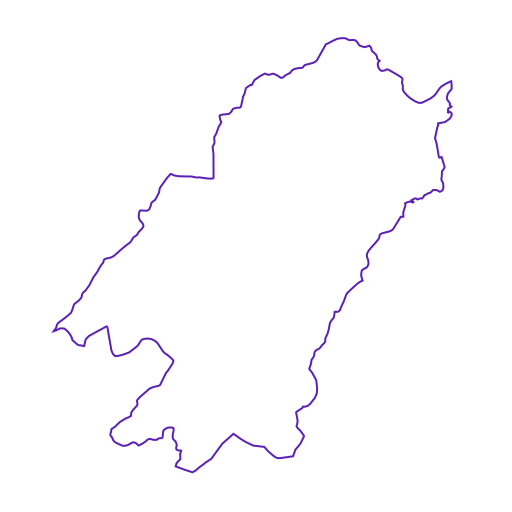 outline of Cam Thuy, Thanh Hóa, Vietnam, rotated 266°
{"feature_id": "81297802B68109668722051", "entity_name": "Cam Thuy", "entity_type": "district", "adm_level": 2, "iso_a3": "VNM", "parent_name": "Vietnam", "parent_adm1": "Thanh Hóa", "projection": "mercator", "projection_center": [105.467, 20.205], "detail": "fine", "context": "isolated", "style": "outline", "palette": "violet", "viewbox_px": 512, "rotation_deg": 266, "n_neighbors": 0, "source": "geoboundaries", "source_scale": "gbopen_adm2", "svg_char_len": 6011}
<svg xmlns="http://www.w3.org/2000/svg" viewBox="0 0 512 512"><g transform="rotate(266 256 256)"><path d="M53.6,279.0L60.1,281.8L63.5,285.2L66.3,287.6L72.8,291.3L73.7,291.1L78.5,288.1L82.0,285.1L82.8,284.7L83.5,284.6L86.7,285.7L88.9,286.0L97.2,285.1L97.9,285.8L101.1,291.5L102.5,292.4L102.2,293.4L102.7,296.6L103.7,298.4L104.7,299.7L110.1,304.6L113.8,306.7L115.8,307.3L119.5,307.7L126.8,307.5L128.1,307.3L135.2,304.1L139.7,301.2L144.8,303.4L148.3,304.1L149.0,304.5L151.1,306.3L152.0,306.8L155.8,307.7L156.7,308.2L157.9,309.6L159.0,312.2L159.7,313.1L160.6,314.1L162.6,315.7L163.7,317.3L165.5,319.0L168.9,319.4L173.9,322.1L178.1,323.6L182.7,324.7L184.7,325.5L186.0,326.4L189.0,329.2L191.2,329.9L194.9,330.6L194.6,333.5L195.1,334.8L196.2,336.0L200.6,338.1L204.8,340.5L210.9,343.2L212.4,344.2L215.2,347.4L221.3,355.1L223.2,358.3L224.0,360.6L227.5,359.8L229.3,359.6L231.2,359.8L233.6,360.4L234.5,360.8L235.8,363.1L236.7,365.3L237.2,366.0L239.1,367.2L240.7,367.7L244.1,367.6L247.3,366.6L248.7,366.6L250.5,366.9L253.3,368.6L255.9,371.0L260.7,376.0L264.0,379.1L265.5,380.1L268.3,380.9L268.9,381.3L269.8,383.0L271.3,391.2L272.1,393.2L273.3,394.7L285.0,403.1L284.9,405.7L289.5,406.0L295.5,408.4L296.8,408.6L298.2,408.4L299.3,411.5L299.6,413.5L298.4,416.3L298.6,416.8L299.0,416.8L300.3,415.1L300.8,414.9L302.2,418.1L302.3,419.5L301.1,421.1L302.0,423.6L301.8,425.8L303.4,427.2L305.0,428.3L305.5,430.2L306.6,432.2L306.9,434.1L307.6,435.2L309.4,437.1L309.5,438.2L309.1,440.6L308.5,442.1L307.2,443.9L307.8,445.5L308.5,446.5L309.4,447.1L310.6,447.5L312.3,447.8L315.9,447.7L318.6,446.3L320.7,446.4L322.0,446.8L327.6,447.5L329.3,449.1L331.6,450.4L341.7,448.1L341.9,447.8L341.3,446.6L341.3,446.1L341.6,445.6L342.3,445.3L355.4,444.0L361.2,442.8L372.1,446.0L373.6,446.9L375.6,446.8L376.4,453.6L376.7,454.3L379.5,458.9L382.7,461.0L384.6,461.1L385.1,460.9L385.9,460.0L386.4,459.1L385.6,457.8L385.9,457.5L389.2,457.9L389.8,458.2L390.3,459.1L391.0,461.0L391.3,461.4L392.7,459.9L394.7,460.1L395.9,459.5L397.7,458.2L399.5,457.4L401.6,457.6L404.6,458.8L407.0,460.8L408.1,462.1L409.3,462.9L413.0,463.1L416.8,462.9L414.6,457.4L412.2,452.8L410.6,451.0L405.1,446.6L403.5,444.9L401.2,441.5L398.5,435.2L397.2,431.6L397.5,429.1L398.1,427.5L399.6,424.9L402.6,420.9L405.6,417.9L409.1,415.2L411.7,414.1L416.0,414.3L419.0,413.7L421.5,414.4L422.5,414.5L423.4,414.1L425.7,411.4L432.9,400.7L433.0,399.3L432.3,397.9L432.0,396.5L431.9,394.0L433.8,392.1L435.9,391.1L439.0,390.8L440.5,391.3L442.1,392.9L443.3,391.4L444.2,390.8L445.0,390.6L446.2,390.7L448.2,389.9L450.5,388.0L452.0,386.3L452.8,385.8L455.6,385.4L457.9,383.8L456.8,379.3L456.9,378.4L458.5,374.3L459.2,373.6L462.8,371.5L463.8,370.6L464.4,369.6L464.7,368.5L464.8,364.5L465.6,362.5L466.5,361.4L467.2,359.1L467.3,356.0L467.0,352.2L465.3,347.7L462.8,342.0L462.5,340.6L448.1,331.2L446.5,330.0L445.3,327.9L444.6,326.1L443.2,318.4L442.7,317.5L440.7,315.7L440.4,314.2L440.6,312.4L439.9,307.3L438.5,304.7L436.4,303.0L434.0,297.6L432.8,296.2L432.0,294.8L432.1,293.1L434.8,289.5L436.5,286.4L436.6,284.8L436.0,282.4L435.9,280.9L436.3,279.6L437.1,278.5L437.3,277.4L435.3,272.9L431.9,267.1L430.7,266.1L427.0,263.8L426.9,263.2L427.0,262.3L424.5,258.1L423.8,257.5L418.9,256.0L416.0,254.3L407.2,251.8L405.7,251.1L405.1,250.1L405.2,246.7L404.5,243.7L404.0,243.0L401.7,241.5L399.7,239.1L399.5,237.2L399.4,232.0L398.9,230.0L398.3,229.4L394.7,229.8L391.8,230.7L387.1,227.6L380.7,224.8L377.5,222.6L371.7,222.5L367.8,220.3L360.9,220.7L336.9,219.1L336.3,218.2L336.3,216.4L336.8,212.5L338.4,204.9L338.5,201.9L339.8,197.2L340.9,184.7L342.0,180.1L343.7,177.1L343.8,176.5L339.8,172.4L331.3,165.4L329.3,164.4L326.1,163.7L322.0,161.2L319.2,159.4L317.0,156.1L315.8,155.2L313.0,154.3L310.1,152.8L309.0,151.3L308.8,149.9L309.5,144.1L309.5,143.7L308.6,142.9L306.3,142.2L303.8,141.8L301.7,141.9L299.1,143.0L296.6,145.1L295.5,145.5L293.9,145.8L293.0,145.6L290.8,143.8L288.2,140.7L285.5,138.8L284.8,138.0L283.2,135.1L279.0,132.0L277.8,130.7L276.1,127.8L273.0,123.4L266.4,114.8L265.2,112.7L264.6,111.0L263.7,105.6L263.2,104.4L262.7,104.0L260.7,103.4L259.7,102.8L258.1,101.2L254.5,98.6L251.2,96.6L246.4,92.5L238.6,87.8L233.3,83.4L232.4,82.0L231.0,80.5L229.0,79.5L227.3,79.2L226.2,78.5L223.9,76.1L220.9,71.6L220.2,71.0L214.7,68.8L212.3,67.5L209.7,64.2L205.3,57.7L203.3,54.3L201.1,52.5L199.0,51.9L197.3,50.9L196.2,49.7L195.1,48.9L195.7,51.2L197.4,55.4L197.3,57.9L197.0,59.6L195.8,61.1L194.0,62.8L191.7,64.4L189.2,65.8L187.2,66.6L185.4,66.8L184.4,67.5L180.4,71.4L179.4,72.9L178.9,75.7L178.0,78.1L178.2,78.3L183.8,80.0L184.9,80.5L187.9,83.8L196.2,101.9L196.0,102.4L195.2,102.8L171.8,105.2L168.2,106.5L166.5,108.0L165.9,108.8L165.9,111.0L166.7,115.9L168.6,122.6L174.4,131.3L175.8,132.6L179.2,135.0L180.2,136.0L180.8,137.2L181.1,138.7L181.2,142.5L180.4,145.8L178.4,149.3L177.3,150.5L176.1,151.6L167.8,156.3L165.8,157.8L162.9,161.4L158.6,165.6L157.4,166.2L156.4,166.1L154.0,164.9L148.0,160.3L145.4,157.9L134.1,151.4L133.4,150.2L132.5,144.7L131.6,141.7L131.0,140.4L123.5,130.5L121.2,128.0L120.2,127.3L119.4,127.2L116.9,127.4L115.7,127.2L115.0,126.8L110.9,122.5L108.6,120.7L105.2,120.1L104.2,118.3L102.9,114.4L99.7,108.3L95.4,103.3L93.5,99.9L92.9,99.6L90.4,99.1L88.3,98.2L87.4,98.3L86.5,98.6L85.0,99.8L82.4,100.6L80.7,101.8L79.3,103.6L76.2,109.3L75.8,110.7L75.8,111.8L76.3,114.8L78.6,119.8L78.7,120.6L78.3,122.0L77.5,123.4L75.2,125.5L75.2,125.9L76.9,129.9L78.8,133.1L80.0,134.4L81.0,136.9L80.8,138.1L79.8,140.7L79.5,143.3L79.6,144.1L80.9,146.4L80.9,149.2L81.3,149.8L81.9,150.2L87.5,151.2L88.8,151.9L90.7,155.1L90.9,156.3L90.9,159.5L90.3,161.3L89.7,161.8L88.0,161.7L83.2,160.4L80.4,160.2L78.7,160.9L76.6,162.8L73.7,163.7L73.0,163.8L70.4,163.0L68.9,163.0L68.4,163.3L67.5,164.7L67.2,167.6L66.8,167.8L63.8,166.5L58.9,166.4L57.7,165.4L56.3,163.7L54.5,162.1L51.7,161.2L48.1,169.1L44.7,177.5L46.0,180.5L49.3,184.9L52.0,189.3L53.3,190.9L56.4,196.6L57.1,197.5L71.1,209.3L80.2,221.1L74.4,228.2L71.1,232.9L67.0,240.2L65.0,250.9L59.7,255.1L55.7,259.2L54.0,261.2L53.0,263.1L52.7,266.1L53.6,279.0Z" fill="none" stroke="#5b21b6" stroke-width="2"/></g></svg>